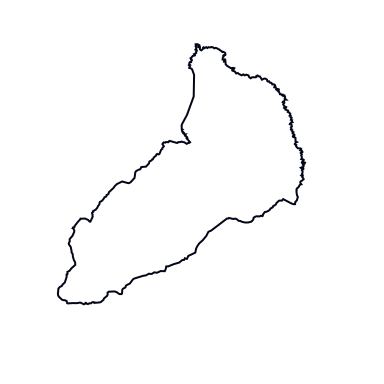 outline of Villanueva, La Guajira, Colombia, rotated 108°
{"feature_id": "7082276B95884188682011", "entity_name": "Villanueva", "entity_type": "district", "adm_level": 2, "iso_a3": "COL", "parent_name": "Colombia", "parent_adm1": "La Guajira", "projection": "robinson", "projection_center": [-73.004, 10.587], "detail": "fine", "context": "isolated", "style": "outline", "palette": "ink", "viewbox_px": 384, "rotation_deg": 108, "n_neighbors": 0, "source": "geoboundaries", "source_scale": "gbopen_adm2", "svg_char_len": 5924}
<svg xmlns="http://www.w3.org/2000/svg" viewBox="0 0 384 384"><g transform="rotate(108 192 192)"><path d="M143.1,91.9L142.5,93.1L141.7,92.0L140.8,93.0L139.7,92.8L138.0,93.3L137.4,94.2L136.2,93.5L135.3,96.0L134.8,95.5L134.7,93.9L134.1,94.4L133.8,93.9L132.8,93.8L132.3,94.0L132.0,94.8L131.2,94.3L130.7,95.0L129.9,93.6L129.2,93.6L129.3,95.7L130.4,96.1L130.2,96.6L128.4,96.4L127.7,95.7L127.0,95.6L126.6,96.7L126.9,98.2L126.0,98.0L124.3,98.6L123.5,99.4L122.6,99.1L121.3,100.7L120.9,100.5L120.5,99.5L119.8,99.3L119.0,100.2L118.9,101.9L117.4,101.4L117.0,102.1L117.7,105.0L116.2,107.3L115.1,107.3L115.0,108.4L114.6,109.1L113.0,108.6L112.1,107.7L111.8,109.2L108.6,110.3L108.4,111.2L107.7,111.8L108.4,112.6L108.2,113.2L107.7,113.3L106.1,112.2L105.8,112.4L105.3,114.4L104.6,114.5L103.8,114.1L103.6,115.4L102.2,115.7L102.2,117.1L101.9,117.4L100.6,117.1L99.9,117.9L98.6,117.3L97.2,118.2L97.3,119.9L96.7,119.9L95.1,118.9L94.6,118.1L94.0,119.0L92.8,119.0L92.8,120.3L90.8,120.1L90.5,121.4L89.2,121.5L89.2,122.7L88.3,122.4L87.1,122.8L86.9,123.6L86.3,124.2L86.3,125.6L84.9,125.8L84.7,128.7L83.6,128.8L83.5,130.4L82.9,130.2L82.6,128.7L82.2,128.6L82.0,130.1L81.4,131.4L80.4,132.4L78.9,131.8L78.6,133.5L77.9,133.3L77.6,132.5L75.3,132.3L75.0,131.1L74.2,132.8L72.8,132.8L72.3,133.6L71.6,133.8L71.6,134.4L72.4,135.0L71.4,135.8L72.1,136.6L71.5,137.4L71.8,138.6L70.0,140.0L69.3,141.7L68.1,140.9L67.5,141.2L67.5,142.3L68.3,142.9L68.4,143.5L67.8,143.4L66.9,144.6L67.0,146.1L66.0,146.1L65.5,145.5L64.5,146.4L64.3,147.4L64.9,148.9L63.7,150.1L63.9,151.6L62.9,153.0L63.5,153.8L63.3,154.5L62.0,155.4L61.5,157.0L61.8,158.4L63.6,160.2L61.2,163.0L61.4,164.5L60.9,165.5L61.6,166.6L62.7,166.3L63.2,166.8L64.3,170.3L65.7,171.3L65.1,173.2L63.7,174.2L63.6,176.2L63.7,176.8L64.8,177.9L64.3,179.6L65.7,180.8L65.2,184.0L64.7,185.2L65.6,186.7L64.2,188.4L64.1,191.1L63.8,191.4L62.8,191.7L62.4,191.5L62.4,190.3L61.2,190.0L61.1,190.9L62.2,193.3L61.1,197.8L60.1,199.5L57.9,200.3L57.5,200.9L58.0,201.8L57.0,201.9L56.2,201.1L55.8,201.3L55.7,201.8L56.5,203.1L56.6,203.8L54.3,204.3L53.4,203.7L52.5,204.4L52.0,204.1L51.5,202.7L51.1,202.6L49.5,203.4L49.0,205.4L49.5,206.4L49.0,207.0L48.6,209.0L48.0,209.9L48.1,211.0L47.6,212.5L47.7,214.3L48.5,215.2L47.9,216.6L48.2,217.7L48.0,218.1L49.0,219.7L49.2,221.2L50.3,221.8L49.9,223.3L51.3,224.5L50.7,225.6L51.4,226.1L52.8,225.9L54.4,226.9L53.9,228.5L51.7,229.3L52.2,230.5L52.0,231.0L50.2,230.3L49.7,232.3L50.4,234.2L51.1,233.9L51.4,233.1L52.5,233.5L53.7,232.3L55.5,232.7L55.5,231.5L56.2,231.0L57.3,231.5L58.5,231.0L60.2,232.6L60.8,231.4L61.2,231.4L62.4,233.4L63.7,233.8L65.2,234.8L66.0,234.1L66.2,233.1L66.9,232.8L67.5,233.2L68.7,233.0L69.0,234.0L69.5,234.4L71.0,234.2L71.7,233.1L72.4,234.0L73.2,232.8L74.8,233.0L74.8,231.1L75.3,229.8L80.0,226.2L100.6,219.9L120.3,220.6L130.7,222.5L132.0,222.4L135.2,221.2L135.4,220.6L135.7,221.0L136.6,220.6L137.6,219.9L137.4,219.4L137.9,218.8L138.3,219.0L138.8,218.4L138.3,217.9L139.4,216.7L139.3,216.4L139.6,216.6L139.9,215.8L140.6,216.0L140.8,215.6L140.5,215.3L141.5,214.0L141.4,213.5L142.2,213.0L142.7,213.5L145.3,209.2L146.0,209.6L146.4,210.6L147.8,211.9L147.1,214.7L147.4,216.7L147.2,217.3L148.2,218.8L148.9,220.6L149.7,220.9L150.0,221.5L150.3,229.1L150.9,229.6L151.9,229.8L152.6,232.3L153.4,232.8L153.5,234.1L154.6,234.8L155.6,234.9L157.2,232.9L159.1,233.7L160.1,233.6L161.5,234.4L165.8,234.7L166.6,235.4L166.5,236.7L167.2,237.4L168.6,237.5L170.9,239.0L172.9,239.3L173.2,239.9L174.4,240.2L176.1,241.9L178.1,241.8L182.1,243.6L183.9,247.9L186.3,248.2L187.6,250.0L189.7,251.8L190.5,252.0L196.4,251.0L201.5,253.3L202.8,254.4L203.3,255.3L203.6,261.7L207.7,265.9L210.1,267.2L212.6,268.0L217.8,270.9L219.9,270.9L221.3,272.3L222.7,272.1L224.1,273.6L226.4,274.1L228.5,275.1L230.0,276.6L232.6,276.3L234.3,277.0L236.2,277.2L238.5,278.1L240.8,280.2L241.4,279.8L242.5,280.6L243.6,280.2L244.2,279.5L245.6,279.3L246.2,278.8L251.6,279.5L251.8,280.2L250.7,282.1L250.3,285.3L251.8,289.8L252.5,289.8L255.6,291.3L260.4,293.0L262.1,293.0L262.4,293.3L262.4,294.1L263.3,294.3L263.3,293.8L264.9,292.1L266.3,291.7L270.5,292.1L274.6,293.8L277.0,293.0L278.8,293.4L279.8,292.9L281.7,290.4L285.1,288.4L286.4,288.0L288.1,286.2L290.3,285.3L293.5,283.1L294.8,281.5L297.4,280.5L301.7,283.0L304.9,284.2L306.4,285.8L308.4,285.1L308.8,285.1L309.2,285.8L311.4,285.0L317.3,285.0L320.1,286.5L321.4,286.7L323.1,288.3L325.1,289.2L330.2,288.1L331.8,287.3L332.8,286.1L334.6,282.4L334.6,280.9L334.2,279.5L334.4,277.6L336.3,276.3L336.4,275.9L334.3,270.5L333.3,267.1L331.7,264.2L332.2,260.0L331.6,259.4L330.3,259.0L330.2,258.5L330.8,257.6L330.7,256.3L329.8,255.5L329.0,253.6L328.0,253.1L327.3,252.1L327.1,250.7L327.6,250.5L325.5,245.6L324.7,244.6L321.9,242.9L320.4,242.8L317.1,240.7L315.9,240.5L313.7,241.2L312.5,240.3L310.5,234.9L310.5,232.8L311.5,229.6L310.9,227.5L310.0,227.2L306.6,228.1L305.4,227.8L303.3,225.8L301.9,226.0L300.7,225.4L298.4,222.9L293.5,221.2L292.3,220.4L286.9,212.7L285.4,209.9L283.0,207.7L282.8,206.2L282.1,204.7L280.1,203.1L279.6,200.3L276.9,197.4L275.7,193.4L272.9,193.2L270.7,193.5L270.2,191.8L266.3,187.1L263.1,182.4L259.7,180.2L259.1,178.6L257.2,178.3L257.4,176.9L257.1,176.1L254.0,175.8L248.6,170.1L244.6,170.6L241.8,170.2L238.3,169.1L234.8,167.0L229.3,164.8L224.8,164.1L222.7,161.8L206.5,150.6L206.0,149.4L205.3,148.9L204.9,144.3L203.9,142.6L204.2,140.4L204.8,139.4L204.9,138.0L204.6,137.0L204.9,135.4L204.6,132.0L203.6,129.1L201.9,126.4L199.3,125.2L197.5,125.4L196.5,124.8L195.2,123.3L194.4,120.3L193.2,119.0L193.3,117.8L192.9,117.4L190.9,117.4L188.6,116.6L187.5,114.7L185.9,113.2L184.5,112.4L183.6,112.3L181.6,110.5L180.5,110.5L178.2,108.5L176.2,108.2L173.3,106.5L172.3,103.7L170.6,103.1L172.2,93.7L172.2,91.6L171.7,90.2L169.7,90.7L167.6,89.7L164.1,89.8L162.5,91.2L160.2,92.4L158.8,93.0L158.1,92.9L157.2,93.5L155.5,93.0L154.8,92.3L152.0,91.7L151.4,91.3L150.9,90.4L149.9,91.7L149.2,92.1L148.2,91.9L147.0,90.7L145.2,89.8L143.6,91.9L143.3,92.1L143.1,91.9Z" fill="none" stroke="#020617" stroke-width="2"/></g></svg>